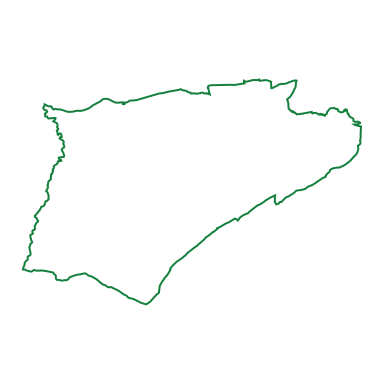 outline of Surani, Prahova, Romania
{"feature_id": "2599482B83281748165249", "entity_name": "Surani", "entity_type": "district", "adm_level": 2, "iso_a3": "ROU", "parent_name": "Romania", "parent_adm1": "Prahova", "projection": "robinson", "projection_center": [26.167, 45.188], "detail": "fine", "context": "isolated", "style": "outline", "palette": "green", "viewbox_px": 384, "rotation_deg": 0, "n_neighbors": 0, "source": "geoboundaries", "source_scale": "gbopen_adm2", "svg_char_len": 5833}
<svg xmlns="http://www.w3.org/2000/svg" viewBox="0 0 384 384"><path d="M146.1,304.4L149.9,302.0L156.3,294.9L159.1,292.5L159.0,291.5L159.8,285.8L162.0,281.8L164.0,279.2L164.6,277.9L166.9,275.5L168.0,274.0L168.8,272.4L170.1,270.5L170.3,269.5L170.1,269.1L170.6,268.7L170.7,268.0L171.1,267.6L171.4,266.9L176.5,261.9L182.8,257.5L183.7,256.6L185.8,255.1L186.8,253.6L187.7,252.8L195.1,247.0L196.8,246.1L197.9,244.9L198.1,244.7L203.3,240.3L206.1,237.2L209.4,235.1L212.8,232.0L213.4,232.1L216.9,229.2L217.5,228.7L217.2,228.2L219.2,227.4L226.6,223.1L228.9,222.3L234.8,218.6L236.6,219.3L237.8,220.5L240.4,217.1L243.6,215.0L248.0,213.2L249.9,211.3L257.2,205.6L260.4,204.2L264.3,201.6L266.2,199.9L267.2,199.6L269.9,197.8L275.1,195.4L274.8,197.3L275.0,200.4L274.7,201.3L274.8,201.9L275.4,202.6L275.6,203.6L276.1,204.2L276.7,204.3L278.8,203.5L279.8,202.1L281.5,202.0L282.9,200.4L286.2,197.2L288.6,196.4L290.5,195.0L293.0,193.7L296.6,190.5L300.8,190.1L305.2,188.9L308.3,186.5L310.5,185.8L313.2,184.5L323.0,177.8L325.5,177.0L325.8,175.3L327.7,173.3L329.4,172.0L329.9,170.9L330.0,170.1L330.8,169.4L333.7,168.1L338.1,167.5L339.5,167.6L340.4,167.0L343.3,165.8L346.3,163.9L350.3,160.8L353.4,157.1L354.9,155.8L356.9,153.4L358.2,150.0L358.2,147.3L357.9,145.7L359.5,144.7L360.1,144.0L360.5,143.2L360.5,142.3L360.1,141.1L360.0,140.3L360.4,139.7L360.7,136.9L360.6,134.1L361.0,126.5L355.4,125.1L354.3,124.5L355.1,124.4L355.7,124.5L358.2,124.1L360.1,123.0L360.2,122.8L358.7,121.8L358.2,121.9L357.7,121.6L355.2,121.9L353.7,121.2L353.4,120.7L353.5,119.6L353.0,118.4L350.2,117.0L349.1,115.8L348.4,113.8L347.6,113.7L347.4,112.2L347.1,111.4L347.0,110.2L346.6,109.5L345.0,109.5L344.9,109.8L345.2,110.5L345.0,110.9L344.0,110.6L343.9,111.2L343.5,111.8L341.4,112.4L339.5,111.8L338.3,111.0L337.9,110.5L337.8,109.3L337.5,109.0L335.5,108.8L334.4,108.0L330.4,108.3L329.0,109.6L327.1,112.2L326.9,113.5L325.3,114.9L325.0,115.7L324.8,115.8L323.8,114.8L323.4,114.7L322.9,115.1L322.6,115.1L322.2,114.9L322.1,114.2L321.2,114.3L320.6,113.8L320.2,113.9L320.3,114.6L319.8,114.8L319.2,114.4L318.3,114.3L317.5,113.6L315.6,112.9L313.9,113.0L312.9,113.4L312.6,112.9L312.0,113.0L311.7,111.9L301.0,113.9L296.7,114.3L295.4,113.0L293.3,112.3L293.9,112.0L292.8,111.3L291.6,110.8L290.7,110.8L289.7,109.9L289.5,109.2L288.6,108.6L288.4,105.2L288.4,103.3L287.7,101.3L287.7,100.7L287.1,99.3L289.9,97.1L291.1,95.5L293.6,91.3L293.9,90.2L295.4,87.3L295.7,86.2L295.9,83.0L296.5,80.6L295.8,80.4L294.0,80.6L288.7,82.4L287.6,83.0L285.8,83.6L283.1,84.0L281.5,83.8L281.3,84.1L279.3,84.2L276.7,86.0L274.9,86.7L273.6,87.6L271.7,88.1L271.3,88.1L271.1,83.4L270.9,82.0L271.0,81.8L270.6,81.5L267.8,80.5L265.7,80.1L259.6,80.8L259.3,79.6L257.5,80.1L253.2,80.0L246.4,81.7L245.3,81.6L244.0,80.8L243.9,82.9L244.3,83.4L236.6,84.6L235.0,85.0L231.6,84.8L211.3,85.2L208.4,85.9L207.8,87.5L207.9,88.2L208.4,88.4L208.7,90.5L209.8,94.4L208.0,93.7L207.0,93.7L206.4,93.2L205.7,93.5L204.1,93.4L202.7,92.7L201.4,92.7L200.1,93.2L197.0,93.7L194.2,93.4L190.9,93.5L190.9,93.0L190.7,92.8L187.5,91.9L186.6,90.9L182.4,90.2L181.3,89.4L180.5,89.2L179.9,89.6L178.8,89.9L169.3,91.5L163.2,93.0L159.2,93.5L136.2,100.2L129.4,100.7L128.8,101.4L126.2,102.6L124.9,102.6L124.4,104.2L122.8,104.0L122.8,102.3L117.8,102.7L115.7,102.6L114.0,102.0L108.5,99.2L106.4,98.8L104.2,98.9L102.5,99.4L100.9,100.9L99.6,101.8L93.4,105.0L89.1,108.2L84.0,110.2L80.6,110.9L77.2,110.7L72.7,111.7L68.8,111.9L65.8,111.3L64.2,110.6L60.2,109.4L57.5,109.4L55.7,108.9L53.4,109.5L53.2,109.0L52.1,108.1L51.8,107.8L51.6,106.7L51.1,106.3L48.4,106.3L44.6,104.4L44.5,105.8L43.3,107.5L43.2,108.1L44.6,110.0L46.5,110.5L47.2,111.5L46.6,112.5L44.9,113.7L44.9,114.2L45.3,114.8L45.1,116.2L45.5,116.5L47.1,116.6L48.1,118.2L48.7,118.5L54.7,117.9L55.5,118.1L55.5,118.8L53.4,121.4L56.0,122.6L57.2,123.7L57.6,125.1L57.1,127.2L57.2,127.5L58.2,128.6L58.3,128.9L58.0,129.7L56.8,130.5L57.5,132.4L57.6,134.5L58.2,134.9L59.3,133.6L60.7,133.5L61.1,134.1L61.8,136.9L60.0,137.4L59.5,138.2L59.8,138.7L62.7,140.3L63.7,141.6L63.8,142.0L63.3,143.0L63.5,143.5L63.4,144.1L64.2,145.9L64.2,146.9L64.0,147.5L63.0,148.0L62.2,148.8L61.8,149.4L61.8,150.0L63.3,152.9L64.2,155.7L64.2,156.2L63.7,156.9L60.2,157.3L58.7,157.7L58.7,158.1L59.0,158.9L61.1,160.1L61.3,160.3L61.3,160.7L61.0,161.0L58.5,161.1L58.1,161.3L57.8,161.6L57.8,163.0L57.1,163.5L56.7,164.2L54.3,165.7L53.8,166.2L53.7,167.3L53.9,168.1L52.6,169.6L53.2,171.0L52.4,172.0L52.5,173.2L52.3,173.6L51.3,174.1L51.0,174.7L51.1,176.1L50.7,177.2L51.0,178.0L50.9,179.1L50.7,179.6L49.5,180.3L49.1,181.0L48.4,181.8L48.1,182.7L48.2,183.9L47.5,185.2L48.0,186.5L47.6,188.7L46.1,190.9L46.2,191.2L47.4,192.1L48.2,194.2L48.7,196.3L48.4,197.1L48.6,197.7L48.5,199.4L46.9,201.0L46.1,201.1L45.5,201.5L45.5,201.9L45.0,202.8L44.7,204.7L44.2,205.5L42.8,206.4L41.3,206.8L39.8,210.1L38.4,211.4L37.9,212.6L37.0,213.3L35.7,215.0L34.9,215.7L34.9,216.9L36.4,217.8L36.9,219.2L38.1,220.8L38.1,221.1L37.5,222.0L36.4,222.9L34.8,225.9L34.7,226.7L35.1,228.7L34.1,230.0L33.1,230.2L32.4,230.9L32.5,232.3L32.9,233.5L32.4,234.0L30.4,235.0L30.3,236.6L31.3,240.3L32.2,242.2L31.4,243.2L30.3,244.0L30.1,245.6L29.3,247.4L30.5,252.9L30.6,254.3L30.3,255.1L27.8,256.6L27.6,257.6L27.8,259.5L27.4,260.1L26.1,260.9L24.7,262.7L24.6,264.7L23.3,267.7L23.0,269.5L23.9,269.4L25.2,269.7L25.5,270.0L26.4,270.4L30.7,271.6L31.9,271.4L33.8,270.1L34.2,270.0L36.4,270.7L41.7,270.5L43.9,270.7L52.2,272.3L53.2,272.7L54.2,274.1L55.4,275.1L55.8,275.6L55.9,278.4L56.4,279.5L57.2,279.9L58.7,279.9L62.2,280.7L64.2,280.2L66.9,280.1L68.0,279.4L69.9,277.2L74.5,275.5L77.1,274.7L79.4,274.5L84.8,273.3L86.0,273.7L88.6,275.6L91.6,276.5L95.6,278.7L98.7,281.0L100.0,282.4L101.7,283.4L102.4,284.3L105.2,285.3L107.8,287.0L108.9,287.4L110.6,287.0L111.3,287.2L118.1,290.5L120.9,292.3L123.0,294.0L126.1,295.5L127.5,296.6L128.4,297.8L133.2,298.9L136.4,300.4L140.5,302.6L146.1,304.4Z" fill="none" stroke="#15803d" stroke-width="2"/></svg>